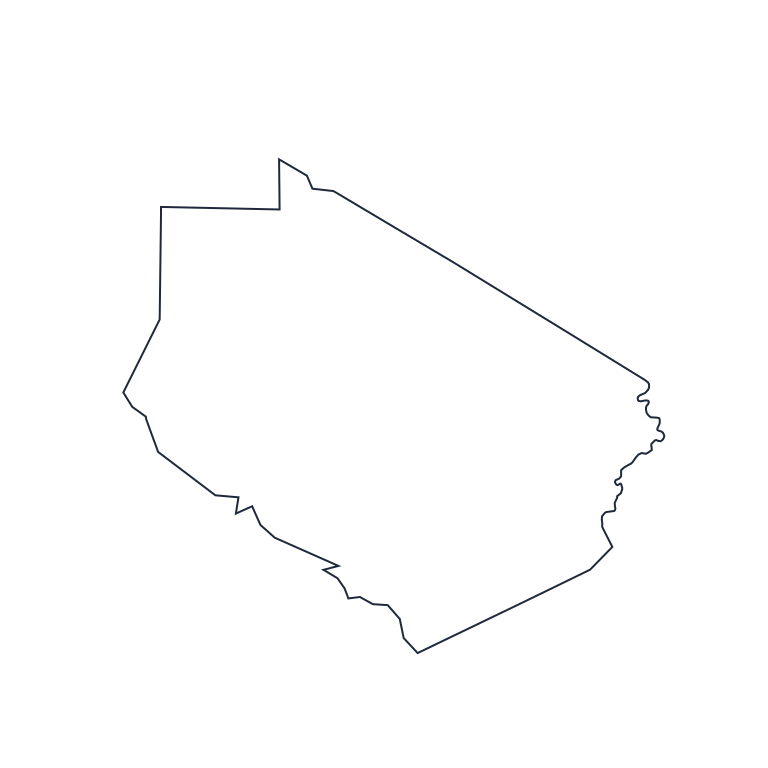 outline of Delaware, New York, United States of America, rotated 243°
{"feature_id": "52423323B71236434888676", "entity_name": "Delaware", "entity_type": "district", "adm_level": 2, "iso_a3": "USA", "parent_name": "United States of America", "parent_adm1": "New York", "projection": "albers", "projection_center": [-75.162, 42.183], "detail": "fine", "context": "isolated", "style": "outline", "palette": "slate", "viewbox_px": 768, "rotation_deg": 243, "n_neighbors": 0, "source": "geoboundaries", "source_scale": "gbopen_adm2", "svg_char_len": 1666}
<svg xmlns="http://www.w3.org/2000/svg" viewBox="0 0 768 768"><g transform="rotate(243 384 384)"><path d="M635.0,261.6L543.3,213.4L494.8,147.9L477.9,149.3L463.0,157.0L460.5,156.1L426.0,151.9L361.4,183.2L349.1,202.9L335.8,193.2L334.9,211.0L314.5,209.9L296.6,216.9L242.6,260.8L245.9,245.7L232.0,254.4L219.7,256.1L209.1,254.9L205.2,265.8L192.9,274.1L185.3,286.9L167.5,291.4L148.7,286.2L129.0,291.8L128.5,314.7L127.1,375.7L126.4,407.1L125.0,483.4L135.2,513.5L157.5,513.5L160.7,515.2L164.3,516.5L167.2,518.3L169.0,522.5L168.9,524.2L166.4,531.3L166.6,532.3L168.0,533.7L169.9,534.1L173.3,535.6L176.9,540.2L178.2,540.8L179.1,545.4L181.9,548.3L183.2,549.1L186.6,549.7L187.8,549.6L188.0,549.2L187.8,546.4L188.4,545.7L189.4,545.2L191.9,545.2L193.1,546.7L193.0,550.5L193.4,551.9L194.2,553.4L199.6,556.2L200.6,560.0L200.9,564.9L200.9,568.0L201.5,569.9L204.5,575.7L205.6,578.7L205.5,582.3L202.9,585.7L203.0,588.5L203.6,592.6L205.5,593.5L208.0,594.2L209.2,595.1L210.8,599.8L210.4,601.2L208.8,602.5L207.5,604.3L207.6,606.1L208.1,607.5L209.3,609.2L210.7,610.3L214.1,610.4L215.8,609.5L218.3,607.0L219.4,606.8L220.7,607.8L222.9,610.8L224.4,612.2L227.5,613.6L228.6,613.7L230.4,611.5L233.2,606.6L235.9,605.4L238.9,604.9L242.1,605.7L244.0,606.7L245.5,608.3L246.1,610.1L246.8,611.0L247.8,611.8L248.7,611.9L249.4,611.5L250.3,610.3L251.2,607.9L252.0,604.9L253.3,603.2L254.3,603.0L256.4,603.7L257.2,604.6L257.8,606.9L257.4,612.4L258.7,616.2L259.8,617.8L261.2,619.0L263.8,620.1L265.7,619.9L269.1,618.3L347.3,570.6L460.5,501.3L518.4,464.7L578.8,426.6L581.6,422.4L590.5,408.9L604.6,409.9L631.8,392.5L586.9,370.2L643.0,265.7L635.0,261.6Z" fill="none" stroke="#1e293b" stroke-width="2"/></g></svg>